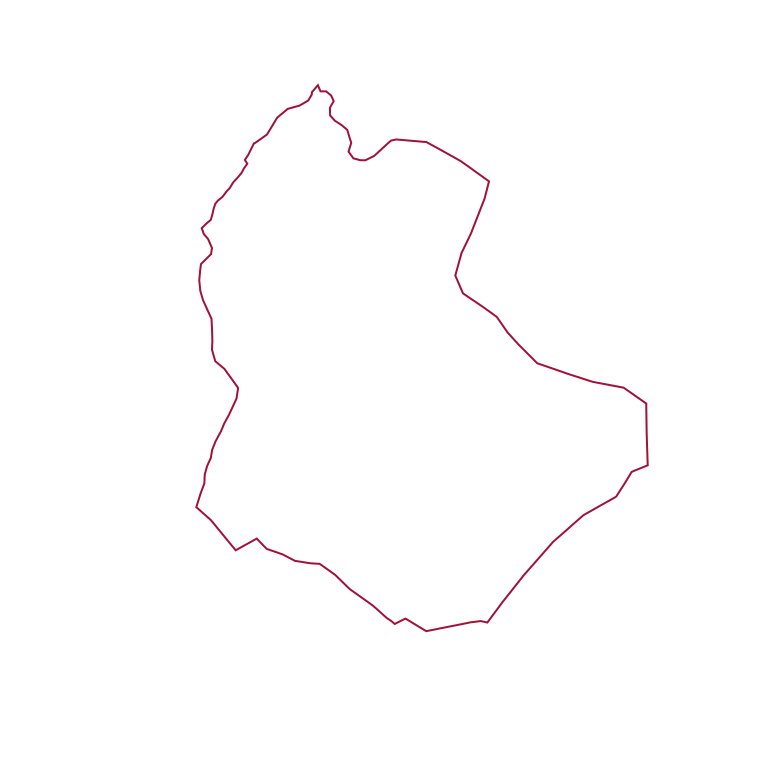 outline of Tolikara, Papua, Indonesia, rotated 40°
{"feature_id": "22746128B10432975654062", "entity_name": "Tolikara", "entity_type": "district", "adm_level": 2, "iso_a3": "IDN", "parent_name": "Indonesia", "parent_adm1": "Papua", "projection": "natural_earth1", "projection_center": [138.342, -3.489], "detail": "fine", "context": "isolated", "style": "outline", "palette": "rose", "viewbox_px": 768, "rotation_deg": 40, "n_neighbors": 0, "source": "geoboundaries", "source_scale": "gbopen_adm2", "svg_char_len": 3261}
<svg xmlns="http://www.w3.org/2000/svg" viewBox="0 0 768 768"><g transform="rotate(40 384 384)"><path d="M518.6,560.9L533.6,561.4L536.7,561.5L540.0,561.1L541.5,560.9L546.5,560.9L548.4,556.4L550.5,551.5L551.3,549.9L552.3,549.7L560.2,548.5L568.1,547.3L575.2,546.2L578.6,542.0L581.2,538.8L583.8,535.5L588.3,529.9L592.8,524.3L593.5,523.5L597.8,518.1L599.9,515.5L604.0,510.3L604.5,509.9L610.5,503.4L613.2,502.0L616.5,500.3L615.4,481.8L615.0,475.5L614.7,464.3L614.0,440.5L614.8,405.8L615.0,396.1L617.9,377.5L619.0,369.8L621.1,356.3L628.9,335.4L634.2,321.3L634.2,320.8L632.9,310.5L632.2,304.9L630.2,292.1L631.4,289.8L631.4,289.7L633.8,285.2L638.3,276.8L616.8,252.8L600.2,233.6L597.5,230.4L584.6,231.5L569.9,232.8L542.9,248.0L540.3,249.1L519.4,257.6L495.6,266.7L488.1,269.6L485.5,269.4L472.4,268.2L461.8,267.3L445.6,265.1L428.7,260.5L427.2,260.1L411.0,261.3L397.9,262.6L393.3,263.1L386.2,263.8L378.3,259.8L368.9,255.1L362.3,240.6L359.2,233.8L355.5,219.2L353.8,212.6L345.1,186.9L345.0,186.7L342.0,177.6L334.2,161.3L324.4,162.0L315.6,162.7L313.5,162.8L299.9,163.9L295.3,164.7L274.0,168.8L261.0,171.4L254.3,176.1L236.2,188.8L233.4,192.4L232.9,193.1L231.7,201.4L229.9,215.5L227.9,220.1L225.9,224.6L222.0,227.8L215.9,230.6L215.5,230.8L207.5,228.8L205.6,224.4L203.9,220.3L198.8,217.1L193.8,213.8L192.4,212.9L190.6,212.9L185.1,212.9L177.3,213.9L170.1,212.9L165.0,207.1L163.6,199.6L158.1,197.0L151.7,197.0L147.2,200.6L141.3,197.6L141.2,206.7L142.6,208.7L143.7,215.3L143.7,215.7L140.3,225.1L133.4,235.1L131.0,248.5L131.2,250.0L133.8,266.8L134.0,268.2L130.2,282.6L129.7,283.2L131.3,290.0L132.7,295.6L132.9,297.7L133.4,301.8L137.7,303.1L138.1,308.7L139.2,313.9L139.2,320.0L138.9,326.7L139.9,333.3L139.6,337.6L140.0,344.3L138.8,350.5L138.9,351.5L138.9,354.2L140.8,359.2L143.6,364.5L145.8,369.6L144.9,374.6L144.8,375.3L144.2,381.8L149.7,385.0L155.7,385.9L156.4,386.2L164.8,390.4L168.0,395.6L166.7,409.8L170.6,415.8L175.8,423.3L179.0,426.4L183.5,430.8L185.8,432.3L191.3,436.0L197.5,439.0L199.0,439.7L200.8,440.6L204.9,442.5L207.6,443.8L210.0,445.0L215.7,451.1L219.0,454.7L223.2,459.5L225.5,462.1L227.4,464.7L230.2,468.3L240.1,475.0L241.1,475.0L243.2,475.0L249.7,475.0L250.3,475.0L251.3,475.0L252.2,475.0L252.6,475.1L254.2,475.5L255.9,476.0L264.8,478.2L273.7,480.5L274.7,480.8L276.0,482.8L280.4,490.0L284.1,503.7L284.4,504.9L285.1,507.4L285.8,511.0L287.0,516.9L287.1,517.4L288.6,522.0L289.4,524.7L289.5,524.9L290.4,529.4L291.6,535.0L291.8,536.1L291.9,536.4L292.7,538.9L293.3,540.8L293.9,542.5L294.6,544.7L295.3,545.9L298.9,552.0L299.4,553.9L300.2,556.9L301.3,560.7L302.4,563.1L304.8,568.4L307.3,571.8L308.3,573.0L310.3,575.7L311.6,579.4L313.9,585.8L316.4,591.8L319.4,599.0L326.5,599.2L330.6,599.3L334.7,599.4L338.6,599.5L345.7,600.8L345.8,600.8L348.3,601.3L361.1,603.7L365.9,604.6L371.8,605.7L373.7,606.0L377.3,606.7L379.6,600.6L381.1,596.7L385.9,584.2L386.7,584.3L390.1,584.7L396.0,585.3L400.2,585.7L405.4,583.7L409.5,582.1L410.6,581.7L415.4,579.9L415.5,579.8L415.8,579.7L421.4,578.5L425.7,577.5L428.9,576.8L429.5,576.7L434.3,573.8L439.8,570.5L443.2,568.4L447.0,565.6L450.3,563.1L450.6,563.1L455.0,562.7L457.9,562.5L462.9,562.1L467.2,561.8L469.2,561.6L485.0,562.8L488.1,563.0L490.1,563.1L503.8,562.0L512.9,561.3L518.6,560.9Z" fill="none" stroke="#9f1239" stroke-width="2"/></g></svg>